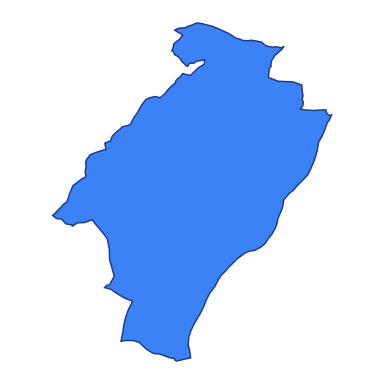 the district of Ezinihitte, Imo, Nigeria
{"feature_id": "59680162B50771081897552", "entity_name": "Ezinihitte", "entity_type": "district", "adm_level": 2, "iso_a3": "NGA", "parent_name": "Nigeria", "parent_adm1": "Imo", "projection": "orthographic", "projection_center": [7.323, 5.469], "detail": "fine", "context": "isolated", "style": "filled", "palette": "blue", "viewbox_px": 384, "rotation_deg": 0, "n_neighbors": 0, "source": "geoboundaries", "source_scale": "gbopen_adm2", "svg_char_len": 3666}
<svg xmlns="http://www.w3.org/2000/svg" viewBox="0 0 384 384"><path d="M331.4,114.9L329.7,115.5L328.3,114.7L327.1,113.4L326.4,112.6L325.8,109.8L320.5,110.1L317.6,110.1L313.8,110.6L307.9,110.0L305.1,110.0L300.4,108.9L302.7,105.9L303.1,104.2L303.3,101.8L302.4,100.2L302.1,99.2L303.0,95.7L302.7,94.0L302.4,92.6L302.2,90.3L301.7,85.0L292.6,81.8L278.4,81.3L268.6,77.5L268.4,76.9L268.5,74.7L268.8,73.7L269.0,72.0L269.1,71.0L269.0,69.8L269.7,67.9L270.9,66.7L271.1,66.1L271.0,65.2L270.7,64.5L270.6,64.4L270.9,63.8L271.1,63.3L271.2,62.8L271.2,62.2L271.5,60.8L271.8,60.2L272.7,58.9L273.9,57.3L274.9,55.5L275.2,55.1L277.8,52.9L279.8,51.0L280.8,50.2L281.6,49.6L282.3,48.6L283.2,47.5L283.3,47.3L283.4,47.2L284.1,46.2L281.4,47.8L278.0,47.2L277.3,46.9L276.3,46.7L275.0,46.9L272.6,47.2L271.9,47.1L266.3,45.9L264.1,44.4L261.7,42.2L257.2,41.2L251.3,40.2L248.0,40.8L242.8,40.5L240.1,39.2L235.7,38.1L231.7,35.3L228.1,33.2L218.9,29.0L212.2,26.2L207.8,25.2L203.0,23.9L198.3,23.0L195.8,23.3L192.3,24.9L186.9,26.8L185.1,27.8L181.7,28.0L179.3,28.2L177.1,28.8L174.8,30.2L176.5,31.3L178.5,32.5L180.6,33.5L182.6,35.6L181.0,37.5L179.3,39.6L177.9,40.5L175.9,42.1L173.7,44.1L173.2,47.0L172.5,49.2L171.8,50.8L173.0,51.0L174.1,53.5L174.8,54.8L175.4,55.0L176.4,55.6L178.6,56.9L181.0,59.9L181.9,61.5L184.3,63.7L186.5,66.1L187.7,66.4L188.4,65.0L189.6,63.2L191.9,63.2L193.7,63.4L195.0,62.2L196.5,61.3L198.4,60.9L200.2,60.6L202.3,60.3L202.6,60.3L204.5,59.8L204.6,61.2L204.2,64.2L198.6,67.6L190.4,75.4L184.7,74.2L182.7,73.5L181.0,76.1L178.6,78.1L177.3,79.1L175.9,80.8L175.3,82.8L168.7,88.8L165.2,93.4L160.2,97.7L155.2,96.6L154.1,96.7L149.3,97.9L145.8,99.5L141.9,104.7L139.6,108.7L137.9,111.7L136.8,113.6L134.7,116.4L133.8,117.8L132.7,120.0L132.0,121.2L131.0,123.3L129.7,124.7L127.1,125.8L125.3,126.0L123.3,126.6L122.4,126.8L119.0,130.0L116.5,131.9L114.3,134.2L112.6,135.7L111.3,138.2L110.9,139.9L110.6,140.8L104.9,143.1L105.9,149.2L104.1,149.9L102.1,150.6L100.2,151.0L97.0,152.1L93.4,153.4L90.5,154.6L89.5,155.5L88.6,157.1L87.1,158.7L86.2,160.2L85.7,162.1L85.7,163.1L86.0,165.2L86.0,167.6L85.5,169.4L85.3,171.0L85.2,172.4L85.8,174.0L85.5,177.0L84.8,177.6L82.5,178.6L80.9,179.5L79.7,180.6L78.2,181.6L75.8,183.6L73.1,185.4L71.0,190.3L69.2,195.0L68.0,198.9L66.9,201.7L66.2,202.7L64.5,203.5L62.5,205.3L61.8,206.5L59.7,208.4L57.1,211.0L55.3,213.0L54.5,213.9L52.6,215.3L56.6,218.6L58.7,218.8L61.3,219.0L62.8,220.5L65.9,223.8L69.1,224.4L72.0,224.8L72.2,226.0L73.6,225.6L75.8,223.8L77.6,222.8L84.1,222.6L88.3,221.2L92.3,219.8L94.6,223.0L103.7,233.8L107.3,238.9L108.5,244.8L109.4,249.6L109.5,259.5L114.3,276.1L109.5,284.9L106.6,285.4L104.6,287.6L110.8,289.2L117.0,293.6L124.7,298.1L132.5,301.2L129.4,307.7L128.5,309.3L127.0,313.6L125.5,317.9L123.8,325.0L122.8,332.4L121.0,341.2L122.8,341.0L124.3,340.6L128.5,340.5L133.8,340.6L137.1,341.9L139.0,342.2L144.3,347.2L146.8,349.5L151.5,352.4L154.1,353.6L159.6,354.0L162.7,355.1L169.0,357.5L172.7,358.3L173.1,358.1L174.5,358.7L175.0,360.2L176.6,361.0L190.6,357.8L190.1,354.2L189.4,349.4L188.2,344.9L188.4,342.1L188.9,336.5L190.9,330.7L193.6,324.9L198.8,315.9L201.4,311.4L204.1,305.6L206.1,300.4L207.9,296.8L210.0,292.7L214.6,286.9L218.6,279.2L221.2,275.3L225.1,271.5L228.3,267.6L232.2,263.8L237.4,258.6L243.0,254.5L245.2,252.9L249.8,251.0L254.9,250.3L260.7,247.2L265.3,243.3L268.5,238.2L271.8,234.3L275.1,228.5L277.1,223.4L277.8,218.8L279.8,214.3L280.7,212.0L282.4,207.9L283.8,199.7L289.0,193.7L293.6,189.9L298.1,184.7L304.6,178.3L307.9,174.5L310.3,169.7L310.5,169.3L313.8,161.6L314.4,160.0L315.8,155.8L317.2,150.6L317.8,147.0L318.6,142.2L321.9,136.4L322.0,136.1L324.5,130.6L327.2,122.9L329.8,119.1L331.4,114.9Z" fill="#3b82f6" stroke="#1e3a8a" stroke-width="1.5"/></svg>